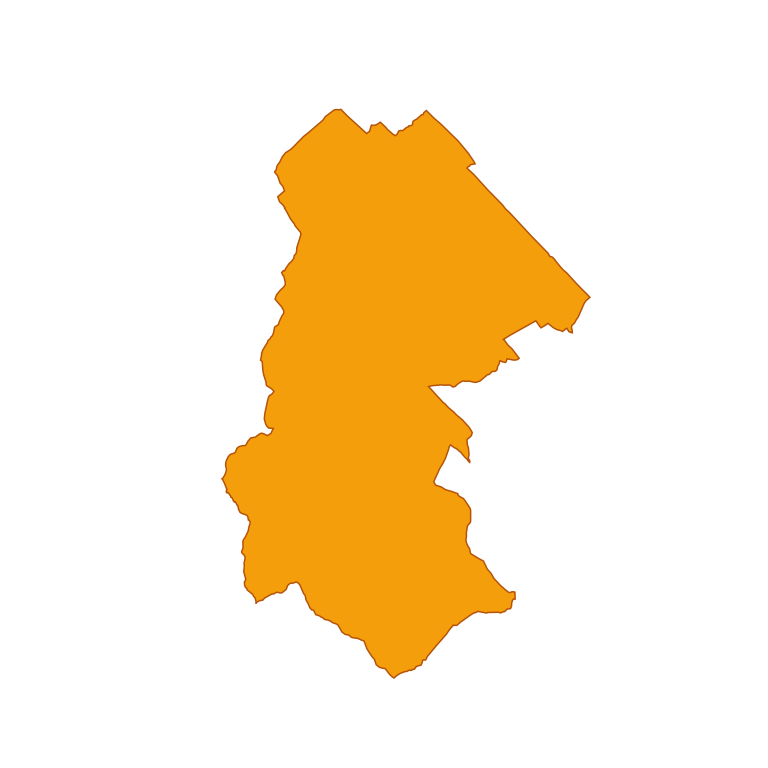 Margaritesti, Buzau, Romania (Robinson projection), rotated 240°
{"feature_id": "2599482B16167443688776", "entity_name": "Margaritesti", "entity_type": "district", "adm_level": 2, "iso_a3": "ROU", "parent_name": "Romania", "parent_adm1": "Buzau", "projection": "robinson", "projection_center": [26.823, 45.435], "detail": "fine", "context": "isolated", "style": "filled", "palette": "amber", "viewbox_px": 768, "rotation_deg": 240, "n_neighbors": 0, "source": "geoboundaries", "source_scale": "gbopen_adm2", "svg_char_len": 6171}
<svg xmlns="http://www.w3.org/2000/svg" viewBox="0 0 768 768"><g transform="rotate(240 384 384)"><path d="M356.1,605.7L373.3,601.2L389.6,597.6L391.6,596.7L396.0,595.6L404.2,594.2L406.3,594.1L409.6,593.3L410.9,592.3L411.5,591.4L415.2,591.5L437.9,585.7L469.8,578.4L474.9,576.8L480.1,576.1L500.3,570.9L520.6,566.5L529.4,563.8L530.0,564.8L529.9,567.0L530.7,568.5L529.1,573.0L531.8,573.1L541.6,572.4L557.5,569.7L580.7,563.2L589.3,560.2L599.7,557.4L599.1,554.2L597.8,552.6L598.4,551.3L597.0,544.5L597.2,542.6L597.0,540.5L596.1,539.6L594.3,538.4L594.3,536.9L595.1,534.3L594.6,533.7L594.9,531.5L594.1,526.8L595.1,525.5L595.8,523.2L593.9,520.6L593.4,518.0L595.6,516.7L602.6,514.3L605.2,513.9L612.6,511.7L612.3,507.0L613.1,504.3L614.4,502.9L614.3,502.2L610.1,497.9L609.6,494.2L634.7,486.2L643.4,484.0L643.9,482.3L645.6,479.8L646.1,478.5L646.2,477.3L644.9,467.0L643.0,462.9L639.4,443.8L638.6,438.2L634.1,422.1L633.7,419.4L633.5,414.3L632.1,410.8L631.4,409.2L628.5,404.9L626.7,401.0L625.8,399.8L623.2,397.6L622.9,396.2L622.1,395.2L617.6,396.0L610.1,394.5L605.7,395.2L601.0,394.4L599.3,385.6L594.1,384.7L589.3,386.0L586.3,386.3L586.2,385.8L582.0,385.9L573.5,385.6L567.3,386.4L565.6,386.1L557.1,387.5L555.1,386.9L545.5,376.5L542.8,374.8L540.7,372.7L540.2,370.6L537.9,368.7L536.4,365.1L535.8,362.1L533.3,356.9L532.4,355.6L531.8,354.0L532.5,353.5L531.6,351.0L528.7,350.8L527.6,351.2L521.7,349.4L519.4,348.2L518.5,346.6L517.9,344.8L517.2,341.4L515.1,335.8L513.3,333.5L511.8,332.1L501.9,333.9L497.8,333.8L496.5,333.3L495.4,332.5L494.4,330.4L492.1,326.8L490.1,324.2L488.2,322.2L488.1,318.2L487.7,317.5L483.5,313.8L482.2,312.3L481.5,310.9L481.1,309.3L480.1,307.9L479.8,305.6L478.5,304.1L474.1,296.2L471.9,293.4L470.2,292.4L466.4,289.0L464.4,289.8L457.0,286.2L453.9,285.0L451.3,284.2L445.0,282.9L442.3,281.7L440.8,281.7L436.8,283.9L434.7,284.7L432.7,285.0L431.4,282.4L431.2,279.1L430.8,278.0L427.9,274.9L418.1,266.1L413.5,262.8L408.4,261.5L406.0,261.5L403.5,262.1L400.8,265.9L397.7,261.2L397.6,257.6L397.6,257.3L401.5,254.6L402.5,253.5L402.9,252.4L402.9,250.1L402.3,246.2L403.9,241.6L402.5,237.6L400.3,234.1L400.1,232.9L401.4,230.5L402.3,226.8L401.8,224.5L399.5,221.5L399.1,220.7L399.0,219.8L399.8,216.4L399.8,215.2L398.9,212.7L398.0,211.6L397.3,210.2L395.1,207.7L392.7,206.1L388.8,204.9L386.4,202.7L384.5,200.1L383.1,197.5L382.9,196.2L382.3,196.5L377.8,196.2L371.1,195.2L371.0,194.6L370.1,194.1L369.8,193.6L368.4,193.4L368.1,193.6L368.1,194.7L363.4,195.2L362.7,194.7L361.8,195.4L359.9,195.5L358.3,195.1L356.4,195.5L356.5,196.2L355.7,196.4L352.2,196.2L351.9,196.6L349.3,195.9L348.4,195.3L347.1,195.4L345.1,195.1L343.2,196.0L339.0,199.6L337.1,199.7L333.9,198.5L333.5,199.2L331.4,199.1L330.1,198.2L328.7,196.5L324.5,192.7L321.1,187.8L319.5,184.6L318.7,183.6L318.1,183.0L312.7,180.1L309.9,176.8L308.6,176.5L305.6,177.4L302.9,176.9L298.4,172.9L296.6,172.3L291.6,168.7L284.1,166.7L283.1,165.7L282.5,164.2L279.8,162.8L277.4,162.3L275.7,163.0L274.2,162.5L267.4,165.1L265.3,164.9L263.3,165.4L259.5,164.4L257.7,163.1L258.5,164.3L258.7,167.8L258.2,168.3L258.2,168.9L257.4,171.0L257.8,171.7L258.3,174.2L258.2,182.1L257.5,183.1L257.3,183.9L257.4,186.3L257.1,187.2L254.6,190.1L254.2,191.4L255.0,196.6L257.7,199.8L258.3,203.1L258.2,203.8L257.2,204.9L256.6,208.0L256.3,209.1L255.7,209.7L252.3,210.7L242.7,209.6L240.3,210.0L236.1,208.5L231.6,208.5L227.2,207.9L224.4,208.5L223.9,209.4L223.2,209.9L218.7,209.6L218.2,209.7L215.3,212.3L213.4,213.1L212.3,214.1L209.9,214.7L207.7,217.4L205.8,218.8L202.8,220.3L199.7,223.0L198.4,223.6L190.2,223.6L186.7,225.1L185.6,226.2L184.5,227.8L180.8,229.2L178.5,231.7L178.1,232.5L176.4,234.4L173.1,236.7L171.5,238.2L163.1,236.8L154.4,237.2L150.3,238.0L144.8,236.9L140.7,238.5L139.8,239.7L138.7,240.4L137.3,242.4L136.6,242.8L129.9,243.6L126.1,244.8L124.5,245.6L124.3,246.0L125.2,249.1L125.1,250.9L125.3,252.4L124.9,255.9L124.6,256.6L124.7,257.7L123.6,260.3L123.6,262.8L122.8,263.6L122.2,264.8L122.5,266.0L121.8,267.7L123.1,270.6L122.7,273.4L122.0,275.2L122.1,275.7L123.5,277.6L125.3,279.2L125.3,280.4L124.3,281.5L124.2,282.2L126.3,285.2L131.5,299.2L136.1,313.0L138.1,316.9L139.5,320.6L140.0,322.5L140.6,323.2L138.7,326.1L138.6,326.9L139.5,331.1L140.7,343.9L140.8,347.8L140.3,348.7L140.1,350.2L140.4,351.2L134.3,358.4L134.2,359.7L129.0,369.1L127.4,370.6L127.2,373.4L126.6,374.4L126.8,376.0L127.5,377.9L127.1,379.2L126.3,380.8L126.4,381.6L128.2,383.7L129.9,384.6L132.2,386.8L133.0,388.7L132.1,390.0L138.3,393.3L138.7,393.0L140.1,391.0L140.2,389.5L140.5,388.5L141.5,387.7L145.5,386.1L151.4,384.1L160.6,382.0L166.7,382.0L172.0,380.9L181.0,381.6L185.9,378.5L193.8,374.2L198.7,375.8L201.2,375.6L204.1,375.8L206.5,376.4L208.4,377.2L210.9,379.3L213.5,380.6L219.2,385.1L219.7,386.0L220.9,389.5L222.3,390.7L231.0,395.7L232.3,396.2L234.2,396.4L244.0,395.7L245.3,395.4L247.5,394.0L249.9,392.7L250.9,392.6L252.1,393.1L257.3,388.7L261.1,385.0L262.4,384.0L265.8,382.4L270.7,378.1L274.5,378.2L283.4,390.7L285.3,394.5L288.9,400.0L295.2,407.4L296.1,408.0L297.4,409.7L298.0,411.2L293.7,413.0L292.1,414.3L286.0,416.5L283.3,416.8L278.8,417.8L277.6,418.3L275.3,418.4L273.3,419.0L273.8,419.5L274.9,419.9L277.6,419.9L280.4,422.4L286.8,425.3L289.5,425.7L293.9,427.8L294.5,428.5L294.9,431.3L295.6,433.9L297.9,436.2L303.7,436.1L313.6,434.0L321.0,431.3L324.5,430.5L331.0,428.1L336.6,426.8L338.7,425.9L359.5,421.3L358.9,423.7L357.8,426.3L355.3,431.6L354.5,433.3L352.6,435.9L350.5,440.0L349.1,441.3L346.9,442.1L346.3,444.8L346.8,446.1L347.3,449.4L347.3,453.6L345.1,456.8L344.0,459.0L340.0,463.5L339.5,464.5L338.7,467.7L338.6,469.0L340.3,478.1L339.8,479.4L339.8,480.1L340.6,483.3L340.5,484.6L339.4,486.5L339.5,488.4L340.7,489.8L342.6,491.4L343.4,493.1L344.6,494.5L346.2,495.7L346.0,496.3L344.0,497.7L342.0,499.8L342.2,501.0L344.3,503.1L339.6,508.6L338.4,511.6L338.7,513.9L350.6,512.4L355.7,510.8L361.6,510.2L362.9,509.7L363.2,517.9L362.8,545.3L362.9,547.1L355.7,547.7L354.1,548.1L354.2,553.2L354.5,556.3L347.9,558.9L344.7,560.9L341.9,563.7L340.2,565.0L340.8,568.5L340.8,570.2L336.9,570.3L335.8,571.2L335.8,571.6L335.1,571.6L334.2,572.7L335.9,573.6L339.4,574.7L340.7,575.9L341.6,579.6L343.6,582.8L344.8,585.5L354.1,598.2L355.2,600.9L356.1,605.7Z" fill="#f59e0b" stroke="#b45309" stroke-width="1.5"/></g></svg>